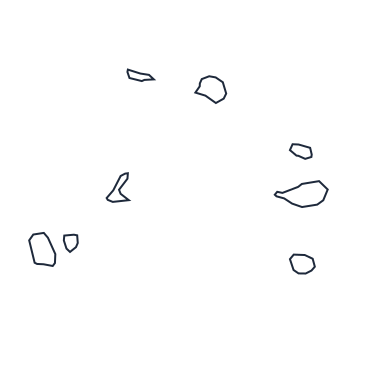 outline of Cabo Verde, rotated 288°
{"feature_id": "CPV", "entity_name": "Cabo Verde", "entity_type": "country or territory", "adm_level": 0, "iso_a3": "CPV", "parent_name": "Africa", "parent_adm1": "", "projection": "equal_earth", "projection_center": [-23.904, 16.006], "detail": "fine", "context": "isolated", "style": "outline", "palette": "slate", "viewbox_px": 384, "rotation_deg": 288, "n_neighbors": 0, "source": "natural_earth", "source_scale": "50m", "svg_char_len": 1184}
<svg xmlns="http://www.w3.org/2000/svg" viewBox="0 0 384 384"><g transform="rotate(288 192 192)"><path d="M241.6,309.5L236.3,320.3L224.7,319.4L218.7,315.0L211.7,301.3L211.9,290.8L214.4,281.6L214.0,273.7L215.0,271.6L218.5,273.0L219.1,278.3L229.7,291.4L233.6,294.0L241.6,309.5ZM90.7,81.2L82.1,83.6L78.6,82.4L77.4,73.1L75.7,66.9L76.1,64.2L95.7,52.1L102.5,54.2L107.3,63.7L104.0,69.1L90.7,81.2ZM287.6,164.5L294.9,166.7L297.7,165.9L302.4,166.4L307.4,172.6L308.3,179.1L305.9,187.4L296.2,194.1L290.6,193.3L284.0,187.2L287.8,175.0L287.6,164.5ZM165.8,327.4L158.9,331.9L154.2,329.9L149.6,325.3L147.5,318.5L149.2,312.7L158.4,305.9L163.9,308.1L166.9,318.7L165.8,327.4ZM185.2,119.2L188.8,122.7L190.0,125.2L184.7,126.5L171.6,121.9L168.2,124.7L164.7,134.4L158.1,119.7L158.5,114.3L159.9,112.7L169.2,116.6L185.2,119.2ZM264.6,294.3L262.2,294.7L258.5,289.4L259.3,282.0L258.9,280.1L262.1,272.2L268.5,272.9L270.1,278.7L270.5,290.7L264.6,294.3ZM115.3,96.2L108.2,99.1L103.7,98.7L97.3,94.5L99.4,90.1L106.3,85.1L111.1,84.0L114.9,92.9L115.3,96.2ZM290.1,114.9L287.3,120.9L283.9,112.1L282.0,110.0L281.1,97.3L286.2,93.5L288.6,93.2L288.7,106.3L290.1,114.9Z" fill="none" stroke="#1e293b" stroke-width="2"/></g></svg>